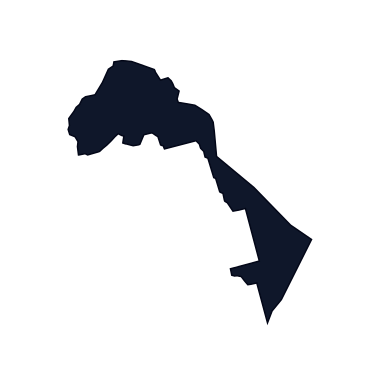 Koneurgenc, Tashauz, Turkmenistan, rotated 254°
{"feature_id": "10190150B53844356403959", "entity_name": "Koneurgenc", "entity_type": "district", "adm_level": 2, "iso_a3": "TKM", "parent_name": "Turkmenistan", "parent_adm1": "Tashauz", "projection": "orthographic", "projection_center": [58.858, 42.114], "detail": "fine", "context": "isolated", "style": "filled", "palette": "ink", "viewbox_px": 384, "rotation_deg": 254, "n_neighbors": 0, "source": "geoboundaries", "source_scale": "gbopen_adm2", "svg_char_len": 1755}
<svg xmlns="http://www.w3.org/2000/svg" viewBox="0 0 384 384"><g transform="rotate(254 192 192)"><path d="M45.4,228.5L55.6,236.2L63.9,248.2L113.4,293.8L133.0,277.6L179.2,252.8L219.4,225.4L244.5,230.2L253.3,231.6L256.1,231.1L261.8,229.7L268.5,224.2L274.6,218.7L277.4,213.0L280.5,206.5L281.1,205.2L281.6,203.8L281.8,203.8L281.9,203.5L285.5,203.3L292.6,207.4L297.2,203.8L301.7,203.3L304.7,202.6L308.0,200.6L308.4,200.4L308.3,195.1L308.2,192.6L308.3,192.5L317.4,189.8L318.9,189.8L319.6,189.6L320.1,189.5L331.0,174.3L333.6,170.6L334.1,169.9L334.9,167.9L336.2,164.7L336.6,163.6L337.6,160.7L338.6,152.8L337.1,152.1L334.8,150.9L333.9,148.0L333.3,146.2L333.1,145.5L322.0,136.1L312.2,125.6L312.4,122.1L312.9,115.9L311.6,112.1L307.2,108.1L305.3,104.0L302.1,100.8L296.6,93.8L289.6,92.5L286.3,90.2L280.9,90.3L277.4,94.8L271.8,96.3L267.2,94.4L258.9,93.1L258.8,93.4L258.3,99.8L257.5,100.7L256.4,101.9L256.4,113.0L256.5,114.4L258.6,118.5L260.5,122.9L263.0,127.6L264.0,129.3L266.2,132.8L268.4,137.1L265.7,140.0L264.5,141.9L258.2,139.0L256.6,141.3L256.2,142.3L254.1,145.8L252.7,148.2L252.1,153.4L252.2,155.0L260.3,161.5L260.0,169.4L259.7,169.7L259.6,170.2L256.4,172.8L254.6,174.5L245.9,174.8L244.8,176.1L244.2,177.3L242.6,177.2L241.0,177.4L240.2,210.0L235.9,212.3L232.8,212.3L231.6,212.4L227.6,214.6L226.7,214.4L222.0,214.2L220.1,216.6L219.3,216.6L199.8,216.9L198.8,218.3L198.5,218.3L198.4,218.5L184.5,218.7L183.2,220.0L182.2,221.4L175.5,220.9L174.3,220.9L173.7,221.3L171.9,223.0L162.3,226.1L161.7,232.5L161.5,238.5L161.1,238.5L161.0,238.8L107.1,237.7L107.5,211.8L107.6,207.8L101.0,207.3L99.9,209.2L99.6,209.5L99.1,212.1L99.1,212.3L97.9,214.5L97.2,216.0L92.1,218.0L87.5,220.1L87.1,223.1L86.7,229.2L45.4,228.5Z" fill="#0f172a" stroke="#020617" stroke-width="1.5"/></g></svg>